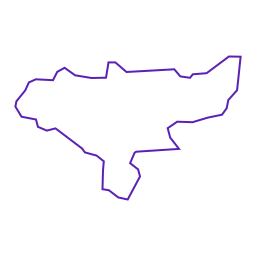 the district of Toguz-Toro, Jalal-Abad, Kyrgyzstan
{"feature_id": "92254566B7375851562443", "entity_name": "Toguz-Toro", "entity_type": "district", "adm_level": 2, "iso_a3": "KGZ", "parent_name": "Kyrgyzstan", "parent_adm1": "Jalal-Abad", "projection": "equal_earth", "projection_center": [74.04, 41.261], "detail": "fine", "context": "isolated", "style": "outline", "palette": "violet", "viewbox_px": 256, "rotation_deg": 0, "n_neighbors": 0, "source": "geoboundaries", "source_scale": "gbopen_adm2", "svg_char_len": 701}
<svg xmlns="http://www.w3.org/2000/svg" viewBox="0 0 256 256"><path d="M127.7,199.5L140.0,176.5L138.1,169.4L130.1,163.2L134.6,152.7L136.3,151.7L179.0,148.9L170.2,137.6L167.7,128.2L177.2,121.7L192.5,122.2L207.9,117.6L222.0,114.7L226.7,108.2L228.3,100.0L237.1,90.2L240.6,56.7L228.9,56.5L206.6,73.2L192.8,74.3L190.0,77.8L180.3,76.4L174.3,69.3L126.5,72.0L115.3,62.4L108.5,62.4L106.0,77.7L91.5,78.0L75.1,75.3L64.6,67.8L57.2,71.9L53.0,80.2L35.9,79.3L28.9,82.4L25.3,90.3L16.4,101.3L15.4,106.6L21.5,116.7L36.0,119.5L37.9,126.8L46.8,130.6L55.5,128.4L82.2,148.6L84.9,152.4L96.6,155.6L103.8,161.3L103.0,170.3L102.5,189.2L108.8,190.2L118.2,197.4L127.7,199.5Z" fill="none" stroke="#5b21b6" stroke-width="2"/></svg>